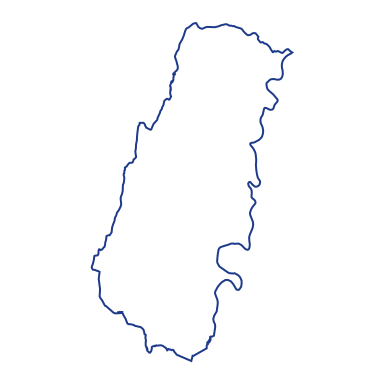 outline of Yumbo, Valle del Cauca, Colombia
{"feature_id": "7082276B37421860048311", "entity_name": "Yumbo", "entity_type": "district", "adm_level": 2, "iso_a3": "COL", "parent_name": "Colombia", "parent_adm1": "Valle del Cauca", "projection": "equal_earth", "projection_center": [-76.519, 3.595], "detail": "fine", "context": "isolated", "style": "outline", "palette": "blue", "viewbox_px": 384, "rotation_deg": 0, "n_neighbors": 0, "source": "geoboundaries", "source_scale": "gbopen_adm2", "svg_char_len": 5967}
<svg xmlns="http://www.w3.org/2000/svg" viewBox="0 0 384 384"><path d="M213.9,335.7L215.1,327.8L215.2,326.1L215.0,324.4L213.6,321.1L213.3,318.7L214.2,315.7L216.7,311.4L217.5,305.6L217.8,302.8L217.4,299.8L215.3,294.3L215.0,292.7L215.4,291.2L217.8,286.8L220.2,283.8L222.1,282.0L225.4,280.0L227.7,279.9L229.9,280.8L231.0,281.5L233.0,283.8L236.3,289.3L237.5,289.9L238.8,289.8L239.4,289.3L241.1,286.8L241.6,283.9L241.6,280.8L240.8,278.7L239.7,276.7L237.9,275.0L234.5,273.2L233.5,273.5L229.3,273.2L227.2,272.0L219.4,266.5L217.5,263.1L217.1,261.2L217.7,254.8L218.5,249.8L219.0,248.7L219.9,247.6L221.0,247.0L225.1,245.6L227.2,245.1L231.1,243.6L233.1,243.5L234.1,243.8L238.7,243.6L241.6,245.2L244.8,248.5L245.9,249.3L246.8,249.6L247.6,249.8L248.3,249.5L248.9,249.0L249.2,248.3L249.6,246.8L249.8,244.5L249.2,239.7L249.2,237.0L249.8,234.8L252.6,228.0L253.2,224.6L253.0,222.1L250.2,214.9L250.0,212.7L251.0,209.7L251.6,208.5L252.6,206.9L255.0,203.9L255.4,203.1L255.5,202.4L255.2,201.1L254.7,200.3L254.1,199.6L252.4,198.4L251.6,197.1L251.5,196.3L251.8,192.1L251.4,189.7L251.1,189.0L249.5,187.0L248.7,185.8L248.4,184.9L248.2,183.5L248.8,182.4L249.3,182.0L249.8,182.0L250.3,182.1L252.4,184.5L254.7,186.5L255.3,186.7L257.0,186.6L258.7,185.6L259.3,184.9L259.8,184.0L260.1,181.7L259.7,180.5L258.2,178.4L257.8,177.6L257.0,174.5L256.3,170.1L255.9,164.7L256.2,161.3L256.2,159.7L255.7,154.4L255.4,153.0L254.9,151.6L253.6,149.0L252.2,147.1L250.6,145.2L250.2,144.1L250.3,143.7L250.5,143.3L251.1,142.9L254.1,142.5L258.9,140.0L261.1,137.9L261.8,136.9L262.3,135.8L263.0,133.2L263.2,130.7L262.6,127.4L262.2,126.3L261.0,123.7L260.5,121.9L260.5,119.6L261.0,117.5L262.4,115.4L262.8,114.5L263.6,110.7L264.1,108.7L264.5,108.1L265.0,107.8L266.5,108.1L269.5,109.6L270.5,109.8L272.1,109.6L272.9,109.1L273.5,108.3L274.1,106.1L274.8,104.6L277.3,101.7L277.6,101.0L277.7,100.5L277.5,99.5L273.3,94.5L269.5,91.2L267.6,89.3L266.9,87.3L266.5,85.2L266.5,83.7L266.6,83.0L269.6,80.1L270.8,79.3L273.7,79.0L277.3,79.7L278.9,79.7L280.5,79.0L281.2,78.4L282.2,76.7L282.7,74.8L282.8,73.7L282.6,70.3L282.0,68.2L281.8,65.1L282.4,61.7L283.6,59.4L285.7,56.8L287.8,55.2L291.2,53.4L292.3,52.5L290.3,51.2L288.2,49.2L287.9,49.2L286.8,49.3L286.2,49.7L285.1,50.5L282.9,52.7L282.1,53.0L277.9,51.0L275.7,51.7L274.5,51.1L274.1,51.2L273.0,52.2L272.7,52.1L270.8,49.3L269.6,47.0L268.4,45.7L266.5,44.0L264.3,43.4L262.7,42.1L261.0,42.5L260.3,42.2L258.0,39.4L257.8,38.3L258.4,36.7L255.7,33.4L254.6,33.1L253.0,33.1L250.7,34.6L249.5,35.1L248.0,35.2L246.6,34.4L245.2,33.1L243.3,31.1L242.7,30.1L241.7,29.0L241.0,28.5L235.8,27.0L234.3,26.1L232.8,26.2L231.0,25.6L229.4,25.7L228.2,24.9L227.0,24.4L225.6,24.2L221.3,25.2L218.3,26.4L214.7,27.2L207.4,26.9L205.8,27.2L202.2,28.8L201.6,28.7L199.8,28.0L198.1,26.6L197.2,24.7L196.0,23.0L193.8,23.5L192.8,24.0L188.7,27.4L186.7,28.3L186.0,29.1L185.0,31.5L183.9,35.3L182.2,39.4L179.8,43.6L179.3,45.1L179.2,46.5L178.4,49.7L176.9,51.5L175.1,55.7L175.0,56.6L175.1,57.5L176.6,61.7L177.0,63.6L177.7,65.8L177.8,68.1L177.6,69.0L177.1,70.0L173.3,73.7L173.2,74.4L173.5,74.7L174.8,73.7L175.0,74.2L174.0,75.3L173.7,76.0L173.3,78.7L173.4,79.7L173.1,80.7L172.6,81.7L172.4,81.5L172.1,81.9L171.9,81.2L171.5,81.4L171.5,81.8L171.2,82.1L171.3,82.3L170.8,84.0L170.1,85.4L170.2,86.7L170.6,86.9L170.8,88.0L170.4,89.6L170.8,89.7L170.2,91.8L170.2,93.3L170.5,95.2L171.1,96.5L169.6,99.4L169.0,99.7L167.8,98.9L166.7,98.9L165.3,99.9L164.3,101.0L164.0,101.9L163.6,104.4L163.3,105.3L162.2,107.2L161.7,109.4L160.7,110.3L160.6,110.8L160.2,111.5L160.0,112.7L157.5,118.2L157.4,119.2L157.1,120.0L153.5,124.0L151.2,129.5L150.5,129.7L150.1,129.6L146.3,127.7L145.3,125.9L144.7,124.1L143.5,122.8L139.7,122.9L139.5,124.6L138.2,126.5L137.3,133.4L136.9,138.4L136.9,140.2L136.1,144.0L135.8,149.1L135.4,150.6L135.4,152.2L136.1,156.9L136.0,157.3L134.9,158.5L133.6,159.6L133.0,161.8L132.6,162.2L132.0,162.7L129.6,162.9L129.1,163.2L127.4,165.2L126.8,166.3L124.9,167.6L125.0,169.7L124.3,170.9L124.3,173.2L123.7,174.1L123.7,175.4L124.2,177.0L124.3,178.0L124.1,180.9L123.9,181.6L123.7,183.2L122.9,185.0L122.7,191.0L122.0,194.0L121.0,196.5L120.6,198.4L121.2,204.1L120.8,206.1L119.0,209.9L117.0,212.7L116.1,215.7L114.9,217.9L114.5,221.0L113.0,224.6L112.1,227.6L111.6,232.3L109.7,235.2L108.1,235.3L106.5,236.1L106.4,236.6L106.2,239.0L105.9,240.5L105.3,242.3L105.1,244.5L104.6,246.7L103.4,247.8L102.2,249.4L100.6,250.1L99.7,249.3L99.0,249.4L98.6,250.3L98.4,254.0L98.1,254.7L97.4,255.4L95.5,255.6L94.5,255.9L94.3,256.2L93.9,259.6L92.9,263.7L91.9,266.4L91.7,267.4L92.0,268.2L92.8,269.6L95.0,270.0L97.0,270.8L98.3,271.1L99.6,271.9L98.7,278.9L100.0,288.7L100.0,290.8L99.6,296.3L100.5,298.3L102.1,300.3L104.9,305.6L106.3,306.3L113.3,312.5L114.2,313.1L116.2,313.4L118.8,313.2L118.0,312.8L118.0,312.5L118.8,312.7L119.1,312.0L119.6,311.9L120.4,312.0L120.4,312.5L121.3,312.0L122.3,312.0L122.4,313.2L123.2,314.2L123.3,315.0L125.5,318.6L127.3,323.3L128.0,323.9L128.5,324.2L130.5,324.2L133.8,325.0L134.6,325.7L135.6,326.0L137.8,326.4L138.2,326.7L140.2,326.9L141.0,327.3L142.9,329.0L143.5,329.8L143.8,330.5L144.6,334.3L145.5,334.6L145.8,335.1L145.4,337.5L146.0,341.1L145.7,341.8L145.7,345.7L146.1,346.4L146.5,347.7L146.9,347.6L147.4,349.0L146.9,349.3L147.4,350.8L149.3,352.6L150.0,352.7L151.2,351.1L151.8,348.8L151.7,347.7L152.1,346.7L153.2,346.2L154.4,346.2L154.8,345.8L155.4,346.0L155.5,345.6L156.2,345.4L157.7,345.6L160.2,345.3L161.5,345.4L162.7,345.8L166.0,348.1L166.4,348.6L167.1,350.3L167.4,350.3L167.9,349.3L168.4,349.0L169.5,349.5L170.4,349.5L171.5,350.1L172.1,350.1L172.8,349.8L173.1,349.9L173.7,350.5L174.2,351.7L175.1,352.6L176.4,354.4L176.9,354.8L191.3,361.0L192.6,355.8L193.2,356.0L206.7,348.3L206.7,345.4L207.1,344.7L207.7,344.5L207.9,344.2L207.9,343.8L207.2,343.0L207.2,342.6L207.5,342.3L208.8,342.6L209.3,342.1L209.7,341.6L209.6,341.4L208.8,341.5L208.6,341.0L209.2,340.4L209.8,339.0L210.1,339.0L210.0,340.2L210.4,340.2L210.5,339.9L210.6,338.7L210.2,337.7L210.1,336.9L210.6,336.6L212.1,336.6L213.9,335.7Z" fill="none" stroke="#1e3a8a" stroke-width="2"/></svg>